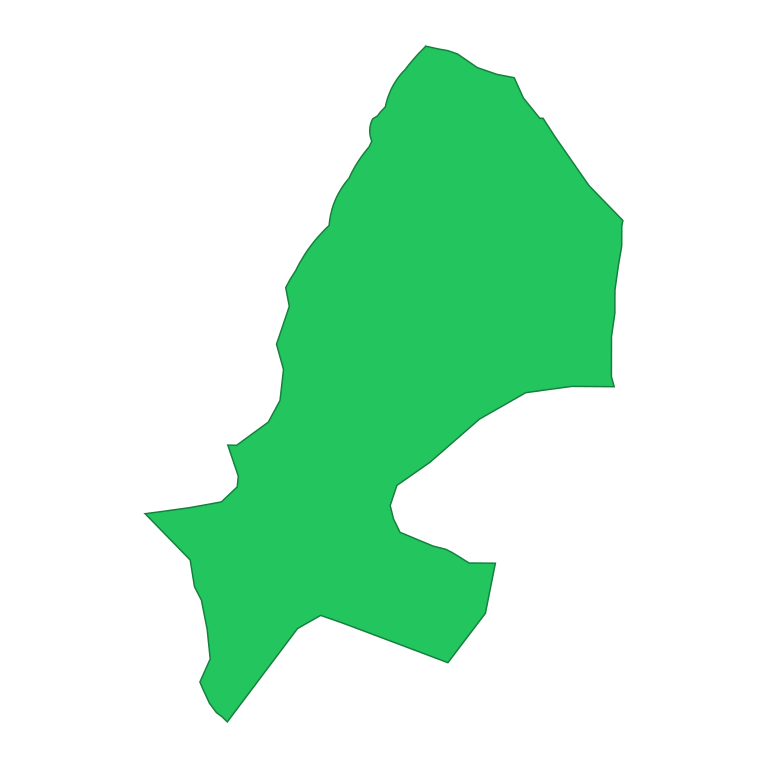 E Mansora 2, Ad Daqahliyah, Egypt
{"feature_id": "37247803B17472786437270", "entity_name": "E Mansora 2", "entity_type": "district", "adm_level": 2, "iso_a3": "EGY", "parent_name": "Egypt", "parent_adm1": "Ad Daqahliyah", "projection": "orthographic", "projection_center": [31.41, 31.047], "detail": "fine", "context": "isolated", "style": "filled", "palette": "green", "viewbox_px": 768, "rotation_deg": 0, "n_neighbors": 0, "source": "geoboundaries", "source_scale": "gbopen_adm2", "svg_char_len": 2776}
<svg xmlns="http://www.w3.org/2000/svg" viewBox="0 0 768 768"><path d="M227.3,721.9L297.5,628.6L320.6,615.4L340.4,622.3L347.8,625.0L447.9,662.7L485.4,613.3L495.4,563.2L469.1,563.0L452.6,552.8L446.1,549.4L432.9,546.0L416.5,539.2L400.0,532.3L393.5,518.9L390.2,505.5L396.9,485.4L429.9,462.3L479.5,419.1L484.9,416.0L525.7,392.7L548.7,389.5L571.8,386.4L614.2,386.7L611.4,376.6L611.5,336.5L614.9,313.0L614.9,297.1L615.0,289.6L618.3,266.2L621.7,246.1L621.8,226.1L622.9,220.5L608.7,205.9L602.1,199.1L589.0,185.6L556.2,138.5L551.8,131.8L549.6,128.4L545.5,122.1L543.1,118.3L539.8,118.3L523.4,98.0L514.2,77.7L497.1,74.4L477.3,67.6L457.6,54.0L447.7,50.6L441.3,49.5L437.6,48.8L425.5,46.1L425.2,46.8L425.1,47.0L423.9,48.1L421.3,50.8L418.7,53.4L416.2,56.2L413.8,58.9L411.4,61.8L409.0,64.6L406.7,67.5L405.3,69.4L404.8,70.0L404.3,70.5L402.7,72.1L401.2,73.8L400.5,74.7L399.8,75.5L398.4,77.3L397.8,78.2L397.1,79.1L395.9,81.0L395.3,81.9L394.7,82.9L393.5,84.8L393.0,85.8L392.4,86.8L391.4,88.8L390.9,89.8L390.5,90.8L389.6,92.9L389.2,93.9L388.8,95.0L388.0,97.1L387.6,98.1L387.3,99.2L386.7,101.4L386.4,102.5L386.1,103.5L385.6,105.7L385.5,106.3L385.4,106.8L380.6,111.8L377.5,115.9L372.7,118.8L372.4,119.4L372.1,120.0L371.6,121.2L371.1,122.5L370.7,123.8L370.4,125.1L370.2,125.8L370.1,126.5L369.9,127.8L369.9,128.5L369.8,129.2L369.7,130.6L369.8,131.2L369.8,131.9L369.9,133.3L369.9,134.0L370.0,134.6L370.2,136.0L370.4,136.6L370.5,137.3L370.9,138.6L371.0,138.9L371.1,139.3L371.3,139.9L371.8,141.1L371.6,141.6L369.2,146.7L368.7,147.4L368.1,148.0L366.2,150.4L364.3,152.8L362.5,155.2L360.7,157.7L359.0,160.2L357.3,162.8L355.7,165.4L354.2,168.0L352.7,170.7L351.3,173.4L350.0,176.2L348.9,178.5L348.7,178.8L348.4,179.0L346.9,180.8L345.4,182.7L344.0,184.6L342.6,186.6L341.3,188.6L340.3,190.3L340.1,190.6L338.9,192.7L338.2,194.0L337.8,194.8L336.7,196.9L336.2,198.0L335.7,199.1L334.8,201.3L334.4,202.4L333.9,203.5L333.1,205.7L332.8,206.9L332.4,208.0L331.7,210.3L331.5,211.4L331.2,212.6L330.6,214.9L330.4,216.1L330.2,217.3L329.8,219.6L329.6,220.8L329.5,222.0L329.2,224.4L329.2,224.9L329.1,225.5L327.6,226.9L325.3,229.1L323.0,231.5L320.8,233.9L318.6,236.3L316.4,238.8L314.3,241.3L312.3,243.9L310.3,246.5L308.4,249.1L306.5,251.8L304.7,254.6L303.0,257.4L301.3,260.2L300.2,262.1L299.9,262.6L299.6,263.0L298.1,265.9L296.6,268.8L295.5,271.0L295.3,271.3L295.1,271.5L293.4,274.2L291.7,276.9L290.0,279.6L288.5,282.4L287.0,285.2L285.7,287.6L289.3,306.4L279.2,336.3L276.5,344.2L282.4,365.4L283.5,369.6L280.0,400.5L268.3,422.1L236.6,445.3L227.8,445.1L238.3,476.2L237.2,486.9L221.4,501.9L189.4,507.7L180.7,508.9L145.4,513.7L145.1,513.7L190.2,560.0L194.5,586.8L201.4,600.1L207.2,629.5L210.2,659.0L199.9,682.0L202.7,688.6L209.5,703.3L216.4,712.6L221.7,716.5L227.3,721.9Z" fill="#22c55e" stroke="#15803d" stroke-width="1.5"/></svg>